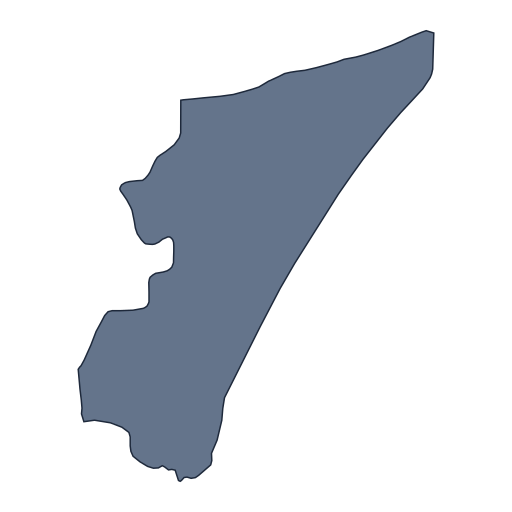 Sam Son, Thanh Hóa, Vietnam
{"feature_id": "81297802B12977108616150", "entity_name": "Sam Son", "entity_type": "district", "adm_level": 2, "iso_a3": "VNM", "parent_name": "Vietnam", "parent_adm1": "Thanh Hóa", "projection": "albers", "projection_center": [105.897, 19.753], "detail": "fine", "context": "isolated", "style": "filled", "palette": "slate", "viewbox_px": 512, "rotation_deg": 0, "n_neighbors": 0, "source": "geoboundaries", "source_scale": "gbopen_adm2", "svg_char_len": 2099}
<svg xmlns="http://www.w3.org/2000/svg" viewBox="0 0 512 512"><path d="M180.8,100.2L180.7,133.0L179.2,138.0L174.2,144.8L165.8,151.5L160.1,155.2L157.3,157.4L155.0,161.2L152.7,166.0L150.0,172.2L148.0,175.2L145.2,178.4L142.5,180.4L137.3,180.7L129.3,181.6L125.4,182.6L123.6,183.6L121.6,184.9L120.2,187.4L119.8,189.0L120.7,191.1L123.0,194.3L126.8,199.9L128.9,203.8L130.6,207.0L132.1,210.5L134.4,221.8L135.4,228.1L137.3,233.8L141.3,239.7L144.4,243.0L145.7,243.8L147.3,244.0L149.4,244.2L152.4,244.4L154.9,244.0L157.2,242.9L158.9,242.1L160.6,240.7L162.5,239.2L165.6,237.9L167.7,236.9L168.9,236.9L170.0,237.1L171.5,238.3L172.7,239.8L173.3,241.5L173.6,242.5L173.8,246.0L173.8,251.1L173.6,257.3L173.5,262.8L171.8,267.2L169.6,269.3L167.2,270.8L163.3,272.0L159.3,272.7L155.7,273.3L152.8,275.0L150.1,277.3L149.4,279.0L148.8,282.5L149.0,291.9L149.0,298.3L149.0,298.5L149.0,301.8L148.5,303.3L147.1,306.0L145.4,307.3L143.5,308.3L133.0,310.2L120.2,310.7L112.1,310.7L108.1,311.7L104.7,315.5L101.8,321.0L101.5,321.6L96.1,331.5L91.0,344.8L90.8,345.3L84.1,360.2L81.0,365.8L79.7,367.1L78.2,369.3L80.0,389.2L81.3,400.1L82.0,408.2L81.5,413.9L83.9,421.7L94.5,420.2L110.4,422.8L121.9,427.2L128.9,432.4L130.2,436.9L130.2,445.9L130.9,451.3L133.1,456.3L140.1,461.9L147.6,466.4L153.4,468.2L158.4,467.9L162.3,465.7L164.6,466.9L168.5,469.9L171.8,469.4L175.2,470.2L176.4,474.0L178.5,480.5L180.2,481.3L181.4,480.5L184.1,477.5L187.0,477.1L191.1,478.3L195.4,477.6L198.7,475.3L210.7,464.9L211.8,460.6L211.5,453.3L217.1,440.1L221.8,420.3L222.8,408.3L224.5,397.7L234.5,377.8L260.1,326.8L280.1,288.5L294.6,263.5L338.3,194.2L351.6,175.1L362.9,159.4L387.5,128.0L400.7,112.6L412.8,99.6L422.7,88.9L430.1,77.7L431.6,74.0L432.7,69.2L432.8,65.9L433.8,33.0L426.2,30.7L425.9,30.8L422.0,32.1L409.4,37.2L400.9,41.5L391.8,45.3L377.8,50.5L363.3,55.1L355.8,57.1L344.0,59.3L337.2,61.9L330.6,63.8L324.8,65.4L316.2,67.7L304.9,70.3L296.5,71.3L290.2,72.3L284.5,73.6L278.4,76.7L269.7,80.7L268.7,81.1L258.9,87.0L252.6,89.1L242.9,91.9L233.3,94.5L220.2,96.3L203.9,97.8L192.4,99.0L183.3,99.8L180.8,100.2Z" fill="#64748b" stroke="#1e293b" stroke-width="1.5"/></svg>